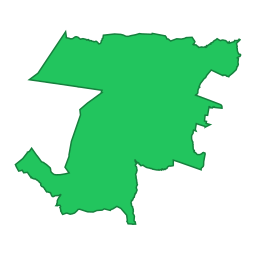 outline of Ajacuba, Hidalgo, Mexico
{"feature_id": "50627088B1222812133050", "entity_name": "Ajacuba", "entity_type": "district", "adm_level": 2, "iso_a3": "MEX", "parent_name": "Mexico", "parent_adm1": "Hidalgo", "projection": "albers", "projection_center": [-99.07, 20.107], "detail": "fine", "context": "isolated", "style": "filled", "palette": "green", "viewbox_px": 256, "rotation_deg": 0, "n_neighbors": 0, "source": "geoboundaries", "source_scale": "gbopen_adm2", "svg_char_len": 5760}
<svg xmlns="http://www.w3.org/2000/svg" viewBox="0 0 256 256"><path d="M217.1,38.7L215.5,40.1L215.0,40.2L213.5,41.2L212.8,42.3L211.1,42.9L210.8,43.2L210.9,44.0L210.7,44.1L210.4,44.2L210.0,43.9L207.9,45.4L207.2,45.7L206.8,45.5L206.5,45.6L206.4,45.8L206.8,46.7L206.2,47.0L206.0,47.4L205.7,47.4L205.3,46.8L205.0,46.7L204.6,47.1L204.1,47.2L202.6,47.2L201.8,46.9L201.0,47.3L200.4,47.1L198.8,47.5L198.4,47.2L198.0,46.5L197.0,45.9L196.2,45.0L195.1,44.8L193.7,44.8L193.1,44.5L193.4,44.0L194.3,43.1L194.9,41.6L192.1,37.3L186.2,37.6L184.6,38.4L181.4,39.1L176.7,38.8L170.7,41.0L169.4,40.1L168.9,39.5L168.2,39.0L166.9,38.9L166.3,37.3L166.2,37.3L165.3,35.9L152.2,33.4L151.8,34.3L141.5,33.9L139.5,33.6L135.4,34.8L131.2,35.6L128.3,36.4L125.9,36.3L123.4,35.1L120.8,34.4L114.5,34.0L103.4,35.2L103.2,36.3L103.1,37.8L103.0,38.1L102.3,38.5L102.1,39.5L102.2,39.9L101.4,40.6L101.1,42.4L100.5,43.3L99.7,43.8L98.8,43.9L97.8,42.6L96.6,41.5L96.2,41.3L95.3,41.4L94.8,41.7L93.6,41.7L93.3,41.4L91.7,41.1L91.4,40.7L90.2,40.6L89.4,40.7L88.6,39.6L88.3,39.6L88.0,40.0L87.5,39.7L86.8,40.1L86.4,39.9L86.1,39.4L83.2,38.7L82.5,38.7L80.4,39.2L77.9,37.2L76.1,36.7L75.0,37.0L72.7,38.6L71.7,38.8L70.4,38.8L69.1,38.3L66.7,37.8L66.2,37.6L66.3,36.7L65.6,31.8L38.0,73.2L29.3,79.7L77.8,86.7L78.0,86.9L80.4,87.1L101.3,90.2L102.0,90.3L101.3,92.0L101.5,92.1L101.4,92.6L101.8,92.7L87.6,103.0L79.9,109.6L80.5,115.0L71.4,141.4L69.0,154.9L69.1,156.2L65.0,167.2L69.1,172.9L65.7,173.8L60.4,174.7L56.0,174.8L53.8,174.4L51.3,172.3L50.7,170.8L50.6,169.2L50.2,167.9L46.5,164.6L45.0,163.6L44.5,163.4L43.8,162.6L41.5,161.8L37.2,155.9L36.8,155.6L31.6,148.2L29.5,151.3L27.5,152.2L27.6,152.4L22.8,158.6L15.4,164.6L16.3,166.5L16.2,166.6L18.7,171.1L21.8,170.4L22.1,170.2L22.3,170.3L23.7,172.8L27.4,172.3L31.0,177.6L31.3,177.1L32.3,178.2L33.4,178.7L34.7,179.0L35.1,178.7L36.5,179.8L36.9,179.8L37.0,180.1L38.8,181.3L39.3,182.2L40.7,183.3L40.9,183.9L40.7,184.7L40.8,185.2L41.6,186.3L41.9,186.5L42.7,186.7L43.3,187.2L44.6,188.6L44.7,189.2L45.4,189.9L45.8,190.9L46.3,191.3L46.8,192.0L47.9,191.9L49.7,192.6L50.4,192.6L51.7,195.7L52.4,196.5L53.3,196.6L53.9,196.4L55.0,195.7L59.0,195.5L59.6,195.0L60.5,194.5L60.8,194.1L60.6,195.3L58.6,198.0L57.3,200.6L57.2,202.3L57.3,202.8L56.9,203.3L56.7,204.7L56.0,205.6L57.5,205.7L57.8,205.3L58.9,205.4L59.8,205.2L60.1,205.4L60.6,206.7L59.9,207.5L60.4,208.5L60.7,210.1L60.9,210.4L60.7,210.8L60.8,211.3L61.6,212.4L61.9,213.3L62.7,214.4L66.1,213.2L67.0,213.1L70.1,214.2L72.3,213.8L74.6,213.0L76.8,211.0L78.0,209.5L79.6,209.2L87.5,211.8L93.3,212.0L96.8,210.5L102.1,210.1L104.3,208.9L110.3,210.4L111.0,209.5L112.8,208.9L116.9,206.4L120.9,208.4L126.7,215.2L127.3,220.2L126.9,221.5L127.4,222.1L128.1,223.8L132.0,224.0L132.4,224.2L135.6,224.1L135.2,221.9L134.0,220.9L134.4,216.3L133.9,215.0L133.0,213.7L133.1,212.2L133.4,211.1L133.1,210.6L133.3,209.9L133.1,208.9L132.6,207.6L132.6,206.8L131.8,206.0L131.4,205.1L131.5,203.9L131.0,203.1L131.1,202.2L131.6,201.2L131.5,200.4L132.1,200.4L132.6,200.1L133.5,197.7L134.3,197.2L134.3,196.4L134.6,195.8L134.6,195.0L135.1,194.4L135.1,193.6L135.9,193.2L135.9,192.6L136.3,192.2L136.6,191.5L136.6,190.8L137.0,190.3L137.1,190.0L136.2,187.8L136.5,186.9L136.6,186.0L136.8,185.5L137.3,185.0L137.4,184.3L136.8,183.4L137.0,182.6L136.6,182.2L136.8,181.1L136.6,180.8L136.5,179.2L135.9,177.8L136.2,177.3L135.6,174.2L135.8,173.7L136.5,172.6L136.4,171.7L137.0,170.9L137.0,170.5L136.7,170.1L137.0,169.8L136.6,168.2L136.6,167.1L135.5,165.7L135.4,165.0L135.5,164.6L135.9,164.2L136.4,163.9L136.9,163.4L135.6,162.3L135.5,161.5L135.2,161.3L135.0,160.1L135.4,160.1L135.8,161.1L136.4,161.6L136.6,162.0L138.3,162.7L138.7,163.1L139.0,163.4L139.0,164.0L139.3,164.3L140.3,164.6L140.5,165.6L141.6,165.6L143.0,165.1L143.5,165.7L144.1,165.9L144.8,166.5L145.8,166.9L145.9,167.1L146.4,167.4L148.4,167.9L149.0,167.9L151.0,168.6L151.7,168.5L152.4,169.1L156.6,169.9L158.1,170.0L158.4,169.7L159.1,170.2L159.9,169.7L160.3,169.9L160.8,169.7L161.6,170.1L161.8,169.7L161.6,169.4L161.6,169.2L162.3,168.9L162.5,169.0L162.6,169.4L163.1,169.7L163.6,169.7L164.3,169.0L165.0,169.5L165.9,168.7L166.4,168.7L167.1,168.2L167.2,167.7L167.8,166.8L169.1,166.0L170.5,166.1L173.1,165.7L173.3,165.2L173.3,160.1L179.3,162.1L201.1,169.8L201.1,169.1L201.4,168.0L202.4,167.2L203.3,166.2L203.6,165.0L203.7,161.7L205.1,154.2L205.0,153.1L203.4,152.5L202.6,152.8L201.8,153.7L199.8,154.6L197.7,154.6L196.9,154.3L195.5,152.6L194.7,152.5L193.9,151.7L193.9,151.3L194.4,151.0L194.3,150.4L193.6,149.9L193.2,149.0L193.0,145.1L193.1,144.5L192.7,143.2L192.9,142.1L192.0,140.5L191.6,138.6L191.6,136.0L191.8,135.2L193.0,133.3L193.2,132.8L193.0,132.2L193.5,130.1L196.0,131.0L195.4,129.7L195.4,128.8L196.3,123.6L205.3,126.5L205.4,126.8L205.3,127.1L210.2,124.6L206.1,123.4L206.5,121.4L204.5,121.0L205.1,115.2L207.6,115.3L209.1,106.6L209.6,106.6L209.7,107.5L210.5,107.4L210.5,107.8L212.5,107.9L212.8,107.1L213.9,107.3L214.1,106.8L215.0,107.5L222.0,108.2L222.0,106.9L221.8,106.0L221.3,105.1L220.0,104.4L195.5,95.1L195.6,94.9L196.8,94.3L197.8,92.9L197.9,90.6L198.1,89.5L199.1,87.5L199.7,87.1L199.1,86.6L200.4,83.5L204.1,78.7L205.6,77.6L206.7,75.4L211.2,70.0L222.1,75.2L222.6,75.4L222.6,75.5L222.9,75.6L223.2,75.1L225.8,75.2L226.5,76.1L228.1,76.5L228.4,76.7L228.9,76.7L229.2,75.9L232.7,73.1L236.2,69.7L236.9,67.5L236.8,66.9L237.3,66.6L237.7,66.1L238.3,64.4L237.9,61.8L238.1,61.3L238.4,58.5L237.3,57.9L238.5,56.9L239.9,56.5L240.6,55.2L240.6,54.8L240.0,54.2L238.7,54.1L237.6,51.6L237.4,50.8L237.2,48.3L236.8,47.4L237.2,46.5L236.5,43.8L236.6,43.3L237.5,42.3L239.8,40.1L240.0,39.7L239.1,39.2L238.4,40.3L237.9,40.5L237.8,40.4L236.2,40.6L234.6,40.5L234.3,41.6L229.2,43.2L229.2,41.9L227.7,42.8L226.7,41.5L225.9,40.8L225.0,40.4L223.9,40.3L223.1,40.0L222.4,40.0L220.4,40.6L219.7,40.3L217.1,38.7Z" fill="#22c55e" stroke="#15803d" stroke-width="1.5"/></svg>